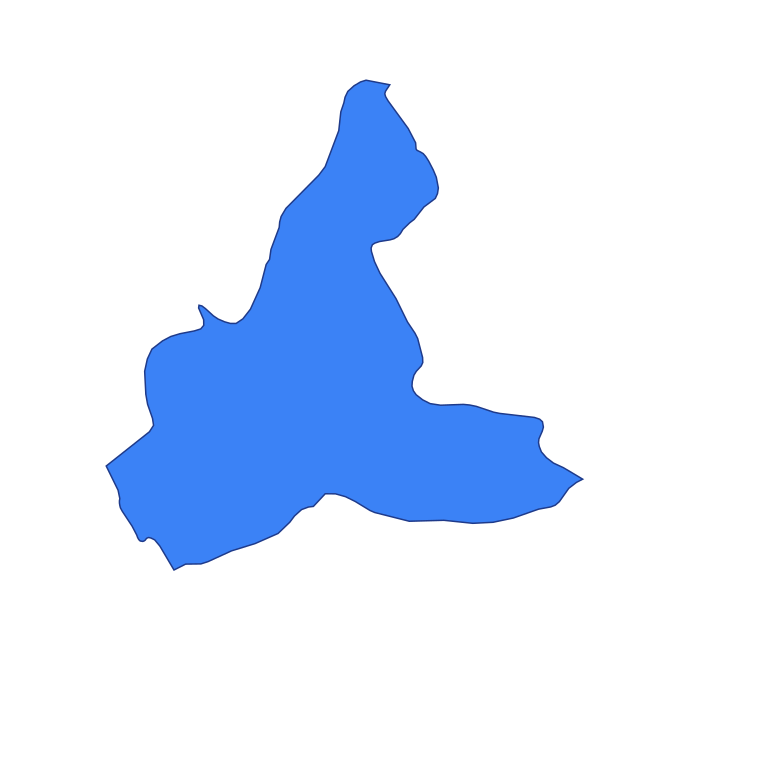 an SVG outline of Imbabura, rotated 119°
{"feature_id": "ECU-1410", "entity_name": "Imbabura", "entity_type": "Province", "adm_level": 1, "iso_a3": "ECU", "parent_name": "Ecuador", "parent_adm1": "", "projection": "equal_earth", "projection_center": [-78.392, 0.503], "detail": "fine", "context": "isolated", "style": "filled", "palette": "blue", "viewbox_px": 768, "rotation_deg": 119, "n_neighbors": 0, "source": "natural_earth", "source_scale": "10m", "svg_char_len": 2151}
<svg xmlns="http://www.w3.org/2000/svg" viewBox="0 0 768 768"><g transform="rotate(119 384 384)"><path d="M648.5,477.5L634.4,501.5L631.5,509.0L631.7,513.1L632.1,514.6L632.5,515.6L633.2,516.2L633.9,516.7L635.0,517.0L636.2,517.1L637.4,517.6L638.6,518.6L639.5,521.1L639.0,523.0L637.7,525.1L636.0,527.0L630.4,535.5L622.2,551.2L620.1,554.5L618.5,556.0L616.5,557.6L614.4,558.8L612.3,559.5L605.8,565.1L590.4,587.2L539.5,566.0L531.9,565.5L526.3,569.8L516.4,580.9L508.5,587.3L488.9,599.5L476.9,603.1L466.0,603.9L453.6,598.6L445.8,593.5L438.9,586.8L429.6,575.7L424.7,571.0L420.1,570.1L415.2,572.9L407.4,583.0L404.8,584.0L404.0,581.1L404.6,576.8L407.1,566.4L407.6,560.7L406.9,553.6L405.5,547.7L402.7,542.7L395.4,539.0L383.3,537.1L359.8,539.0L336.6,545.0L330.5,544.5L321.1,548.1L297.8,551.6L292.9,553.8L287.3,555.2L277.9,554.9L233.0,542.3L222.4,540.8L184.3,546.4L166.9,553.7L157.6,555.4L152.0,557.1L145.6,557.5L137.7,554.8L131.2,551.0L127.0,547.0L119.5,524.0L127.2,524.6L129.8,524.0L131.9,521.9L134.4,517.7L148.8,486.7L157.7,473.3L162.9,469.9L163.6,468.4L163.4,464.5L163.5,461.4L164.8,457.8L167.4,453.0L172.9,444.7L177.8,438.5L186.2,431.5L191.6,429.5L196.8,429.1L209.8,434.9L225.3,437.4L230.6,439.7L239.6,442.4L244.5,442.6L248.2,443.5L252.1,445.7L255.0,448.6L261.5,456.9L265.2,460.3L267.8,461.7L271.3,461.2L274.1,459.3L281.5,451.7L289.1,441.2L303.5,414.9L318.4,393.5L324.5,381.6L327.9,376.6L342.1,363.1L346.4,360.5L350.2,360.2L357.2,361.9L361.8,362.1L368.0,360.5L372.3,358.5L375.7,355.0L377.8,350.7L379.1,342.6L378.8,334.2L375.1,324.2L363.3,304.6L360.8,298.8L358.8,292.4L355.5,274.5L353.6,268.5L340.3,236.2L339.3,230.8L340.2,227.1L344.4,223.7L348.5,222.7L356.9,221.9L360.4,220.4L363.4,217.9L367.1,213.4L369.7,206.2L371.0,197.5L370.2,186.5L370.9,164.1L376.8,168.0L385.6,171.8L401.9,173.6L407.0,175.5L410.7,178.6L418.5,188.1L438.5,205.9L452.1,221.6L462.8,238.8L474.2,265.6L491.8,295.4L500.9,329.8L501.4,334.9L500.7,352.2L501.2,363.0L503.6,373.2L508.5,382.2L525.3,386.4L528.2,390.4L533.8,395.2L542.8,398.3L550.6,399.4L566.1,404.2L586.1,419.4L603.9,436.5L624.8,451.9L630.1,456.9L637.7,470.2L648.5,477.5Z" fill="#3b82f6" stroke="#1e3a8a" stroke-width="1.5"/></g></svg>